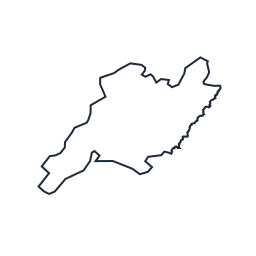 outline of Kochkor, Naryn, Kyrgyzstan, rotated 128°
{"feature_id": "92254566B91475700804664", "entity_name": "Kochkor", "entity_type": "district", "adm_level": 2, "iso_a3": "KGZ", "parent_name": "Kyrgyzstan", "parent_adm1": "Naryn", "projection": "mercator", "projection_center": [75.232, 42.072], "detail": "fine", "context": "isolated", "style": "outline", "palette": "slate", "viewbox_px": 256, "rotation_deg": 128, "n_neighbors": 0, "source": "geoboundaries", "source_scale": "gbopen_adm2", "svg_char_len": 3583}
<svg xmlns="http://www.w3.org/2000/svg" viewBox="0 0 256 256"><g transform="rotate(128 128 128)"><path d="M39.0,80.2L38.0,81.5L39.0,82.8L41.5,85.7L43.7,89.6L46.2,94.6L46.4,95.4L45.1,96.9L43.0,97.1L39.8,97.0L38.2,97.3L34.6,98.2L33.1,99.5L32.3,100.6L28.8,105.0L27.5,105.9L26.3,106.2L27.8,114.4L45.6,119.7L50.3,117.2L62.8,115.0L68.7,118.4L68.9,123.7L65.0,125.3L69.0,132.0L74.8,133.7L72.0,139.8L71.8,143.3L76.9,145.8L77.5,149.9L72.7,150.0L69.9,151.5L69.9,152.1L69.9,156.1L70.1,156.5L75.7,166.0L88.0,171.3L93.4,172.8L105.5,180.8L110.7,176.9L117.2,165.0L133.0,171.4L139.6,166.5L146.3,164.2L149.3,163.8L160.8,170.3L166.0,169.4L178.0,168.9L182.3,165.8L189.3,165.8L194.3,168.4L198.3,172.3L211.4,172.3L212.2,162.4L229.2,162.4L229.7,154.9L228.5,149.5L223.2,146.6L206.5,145.9L188.9,136.9L177.5,137.5L169.7,141.3L166.8,140.2L167.3,133.4L174.1,133.2L163.4,119.7L157.4,99.4L157.1,90.2L150.4,85.4L144.0,85.0L143.6,93.9L138.3,94.4L129.0,85.1L124.2,84.8L122.3,80.6L121.7,78.2L121.3,78.4L120.9,78.4L120.7,78.3L120.1,78.5L119.7,78.5L119.7,79.2L119.3,79.4L119.1,79.7L118.6,79.9L118.0,79.9L117.7,80.1L117.3,79.9L116.7,80.0L116.0,80.0L115.6,79.4L115.5,79.1L115.3,78.9L115.1,78.9L114.9,79.2L114.6,79.4L114.1,79.4L113.7,79.4L113.3,79.0L113.1,78.7L112.8,78.5L112.9,77.6L112.6,77.3L112.8,77.0L113.1,76.9L113.1,76.4L112.9,76.1L112.6,75.8L112.1,75.2L112.0,75.6L111.8,75.8L111.5,76.0L110.9,76.4L109.7,77.9L109.2,78.1L108.6,77.6L108.3,78.0L108.0,78.1L107.5,78.3L107.2,78.1L107.0,77.9L106.4,78.0L106.2,78.3L105.4,78.5L104.9,78.8L104.4,78.6L103.9,78.2L103.5,77.8L103.3,77.8L103.0,77.8L102.6,78.1L102.4,78.5L102.0,78.5L101.9,78.9L101.7,79.2L101.4,79.4L101.1,79.4L100.9,79.3L100.5,79.1L100.5,78.9L100.1,78.6L100.0,78.4L99.8,77.9L99.5,77.6L99.1,77.1L98.7,76.7L98.8,76.6L98.2,76.2L97.9,75.8L97.4,76.3L97.1,76.4L96.9,76.4L96.3,77.2L95.8,77.4L95.6,77.9L95.3,78.2L95.1,78.5L94.6,78.4L94.2,78.5L94.0,78.4L93.7,78.6L93.3,78.4L93.0,78.3L92.9,78.5L92.5,78.5L92.3,78.6L92.0,78.8L91.4,78.7L90.8,78.9L90.6,79.0L90.2,79.3L89.8,79.8L89.5,79.7L89.1,79.7L88.6,80.1L88.2,80.4L87.8,80.2L87.4,80.2L87.1,80.2L86.7,79.9L86.4,80.3L85.7,80.5L85.1,80.2L84.8,79.7L83.9,79.2L83.2,78.5L82.8,78.6L82.0,78.6L81.6,78.7L80.9,78.6L80.4,78.4L80.3,78.2L80.2,78.2L79.7,77.9L78.9,78.0L78.2,78.8L78.2,79.0L77.5,79.3L77.2,79.2L77.0,79.3L76.9,79.4L76.4,79.3L76.1,79.2L75.8,79.3L75.6,79.3L75.1,79.2L74.9,79.1L74.5,78.8L74.4,78.7L73.8,78.4L73.7,78.4L73.4,78.0L73.2,77.4L72.3,77.2L72.0,76.7L71.6,76.9L71.3,76.9L70.5,76.6L70.5,77.0L70.0,77.3L70.0,77.6L70.0,77.8L69.8,78.0L69.5,78.1L69.4,78.4L68.6,78.8L68.3,78.8L68.2,79.3L67.6,79.8L67.5,80.0L67.2,79.8L66.7,79.8L66.2,79.9L65.1,79.7L64.9,80.0L64.6,80.0L64.3,80.1L64.0,80.1L63.7,79.9L63.1,79.6L62.8,79.1L62.6,78.6L61.9,77.8L62.0,77.4L62.0,77.0L61.7,76.8L61.3,76.7L60.9,76.7L60.2,76.6L59.9,76.6L59.8,77.7L59.7,78.0L59.3,78.1L58.9,78.1L58.7,78.0L58.4,78.0L58.1,78.3L57.7,78.4L57.6,78.6L57.4,79.3L56.3,79.6L55.3,79.6L54.9,79.4L53.7,78.7L53.5,78.8L53.2,78.6L53.0,78.3L52.0,78.0L51.9,78.1L51.7,78.2L51.3,78.0L51.1,77.7L50.8,77.5L50.6,78.2L50.4,78.4L50.0,78.5L49.6,78.5L49.6,78.8L49.4,79.1L48.7,79.3L48.2,79.4L47.9,79.3L47.8,79.1L47.7,79.1L47.5,78.9L47.5,78.7L47.4,78.7L47.1,78.5L46.8,78.3L46.5,78.6L46.2,78.7L46.0,78.8L45.9,79.0L45.7,79.0L45.7,78.9L45.3,78.9L45.1,79.0L44.9,79.0L44.7,79.3L44.6,79.6L44.3,79.6L44.2,79.6L43.9,79.5L43.8,79.3L43.6,79.3L43.6,79.2L43.3,79.2L43.2,79.5L43.0,79.8L42.9,79.8L42.7,79.7L42.3,79.6L42.2,79.4L41.9,79.4L41.7,79.5L41.4,79.6L41.1,79.6L40.9,79.6L40.7,79.6L40.5,79.4L40.3,79.5L40.2,79.6L39.9,79.7L39.5,79.8L39.3,79.8L39.0,80.2Z" fill="none" stroke="#1e293b" stroke-width="2"/></g></svg>